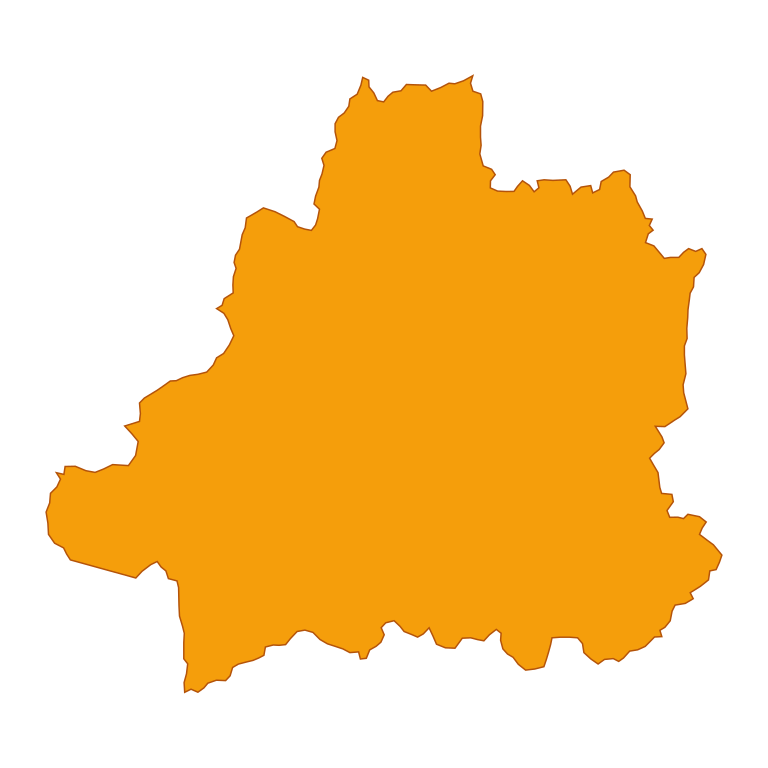 Tijucas do Sul, Paraná, Brazil
{"feature_id": "56859067B30138498988060", "entity_name": "Tijucas do Sul", "entity_type": "district", "adm_level": 2, "iso_a3": "BRA", "parent_name": "Brazil", "parent_adm1": "Paraná", "projection": "orthographic", "projection_center": [-49.109, -25.886], "detail": "fine", "context": "isolated", "style": "filled", "palette": "amber", "viewbox_px": 768, "rotation_deg": 0, "n_neighbors": 0, "source": "geoboundaries", "source_scale": "gbopen_adm2", "svg_char_len": 3933}
<svg xmlns="http://www.w3.org/2000/svg" viewBox="0 0 768 768"><path d="M184.7,692.3L191.0,689.2L197.9,692.2L203.9,687.9L207.8,683.2L216.4,680.2L225.6,680.6L230.1,675.8L232.6,667.5L238.3,664.1L246.4,662.0L253.0,660.4L258.7,658.0L263.9,655.3L265.4,647.0L273.2,645.0L279.1,645.3L285.6,644.6L290.4,638.6L297.1,631.5L304.9,630.1L313.0,632.4L320.0,639.5L327.4,643.8L335.1,646.3L342.9,648.9L349.9,652.6L358.6,651.9L360.4,659.0L366.3,658.3L369.7,649.9L376.1,646.3L380.9,642.2L384.2,634.8L381.2,627.7L385.7,622.8L394.1,620.7L400.1,626.4L404.1,631.5L411.6,634.5L417.6,637.1L423.3,633.9L429.1,627.8L433.0,636.1L436.5,644.2L445.4,647.8L455.0,648.2L462.3,638.2L470.7,637.8L477.6,639.6L483.9,640.8L489.4,634.8L496.3,629.4L501.1,633.2L500.6,640.3L502.9,648.9L507.5,654.0L513.1,657.3L518.3,664.3L525.6,670.1L534.8,669.0L543.9,666.7L546.3,659.6L548.5,652.3L550.6,644.6L552.0,637.8L560.2,637.2L569.6,637.2L577.6,637.8L582.5,643.6L583.9,652.6L590.9,659.0L598.1,664.0L604.5,659.4L613.3,658.6L618.7,661.4L623.5,658.0L629.7,651.1L637.7,649.8L645.2,646.4L650.3,641.3L654.5,637.0L661.8,636.6L659.9,630.3L664.9,627.3L670.2,620.8L672.1,611.1L675.1,605.1L685.3,603.4L693.2,598.7L690.2,592.7L700.4,586.3L708.5,579.9L709.8,570.9L716.1,569.6L719.4,562.3L721.9,555.1L713.4,544.8L707.0,540.1L699.5,534.4L702.2,528.0L706.2,522.0L699.5,516.7L687.9,514.3L683.5,518.6L677.9,517.2L669.7,517.3L667.0,510.5L673.3,501.7L671.9,494.4L661.6,493.4L659.8,487.4L658.0,472.6L653.2,464.5L649.6,458.2L654.3,453.5L659.2,449.5L664.1,442.8L662.0,437.0L655.3,426.3L664.9,426.6L674.6,420.1L680.1,416.7L687.9,408.8L683.7,392.8L683.1,384.8L685.9,373.7L685.0,362.6L684.4,354.9L684.4,345.9L687.1,338.5L686.8,328.5L687.7,317.8L688.0,309.7L689.3,300.0L690.1,293.2L693.5,286.9L694.1,277.4L699.2,272.7L703.6,264.5L705.9,254.4L701.9,248.6L695.7,251.4L688.6,248.6L683.6,252.3L678.8,257.4L670.5,257.4L664.3,258.4L653.9,245.9L645.5,242.6L648.3,233.8L653.1,230.2L649.3,225.5L652.2,219.1L645.3,218.4L642.3,211.0L637.2,201.9L635.6,195.9L629.9,186.8L630.2,174.7L624.1,170.2L613.5,172.1L608.7,177.1L601.2,181.5L599.6,189.5L592.7,192.9L590.7,185.6L581.0,187.1L572.5,194.2L570.1,186.2L565.9,179.8L552.9,180.4L544.1,179.8L537.2,180.8L538.9,187.8L534.1,191.8L529.4,185.4L522.5,180.8L517.5,186.4L514.0,191.4L506.3,191.5L497.6,191.1L490.3,187.9L490.5,180.8L495.2,174.7L491.6,169.3L483.2,165.9L479.8,153.9L481.1,145.3L480.5,137.2L480.5,126.1L482.6,115.7L482.8,101.6L480.7,93.9L472.9,91.2L470.5,83.2L472.8,75.7L463.5,80.8L454.8,83.8L449.0,83.2L440.8,87.5L431.5,91.2L425.7,85.1L414.6,84.8L406.4,84.5L401.0,90.8L392.9,92.2L388.0,96.3L383.7,101.9L377.4,100.6L373.8,92.9L369.0,86.9L368.7,80.2L362.7,77.4L360.9,85.2L357.2,94.2L349.9,98.9L348.8,106.3L344.2,113.0L338.5,117.3L335.1,123.7L335.1,131.8L337.0,140.6L334.9,148.5L326.1,152.2L321.8,158.3L324.0,165.4L322.0,174.0L319.5,180.4L318.9,187.1L315.6,196.1L314.0,204.0L319.5,209.2L317.6,218.7L315.6,225.0L311.4,230.4L304.7,229.1L297.5,226.7L294.1,221.6L285.4,216.9L275.0,211.7L263.4,207.9L256.9,212.0L246.5,218.0L245.2,227.8L242.2,234.7L239.5,249.2L235.5,255.2L234.1,262.5L236.1,268.4L233.4,276.7L232.9,285.0L233.2,292.9L224.2,298.6L222.1,305.3L216.6,308.6L223.9,313.3L227.8,319.7L230.8,328.7L233.8,335.7L229.4,344.9L223.6,353.5L216.6,357.8L213.3,365.0L206.7,372.1L198.0,374.3L189.9,375.4L182.6,377.7L176.3,380.7L170.3,381.0L164.2,385.4L157.0,390.4L144.3,398.1L139.5,403.0L140.4,413.6L139.5,421.4L124.7,426.0L131.9,433.8L138.2,441.5L135.6,455.5L128.4,465.6L112.6,464.6L103.6,469.0L95.1,472.4L85.9,470.7L75.3,466.3L65.1,466.5L63.9,474.4L56.4,472.7L60.5,479.1L56.9,486.9L50.5,493.3L49.7,502.9L46.1,512.1L47.9,523.1L48.5,534.4L54.6,543.2L63.6,547.9L66.6,554.0L70.4,559.9L135.8,578.0L142.0,571.3L150.8,564.6L157.2,561.5L161.1,567.0L165.9,570.9L168.4,578.6L177.0,580.9L178.6,587.6L179.0,605.8L179.5,616.1L182.5,626.1L184.3,633.3L183.8,642.6L183.8,652.1L183.8,658.8L187.7,663.8L186.5,673.8L184.1,682.6L184.7,692.3Z" fill="#f59e0b" stroke="#b45309" stroke-width="1.5"/></svg>